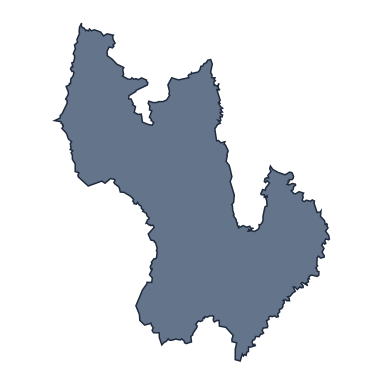 Tiquicheo de Nicolás Romero, Michoacán, Mexico
{"feature_id": "50627088B35926432685545", "entity_name": "Tiquicheo de Nicolás Romero", "entity_type": "district", "adm_level": 2, "iso_a3": "MEX", "parent_name": "Mexico", "parent_adm1": "Michoacán", "projection": "natural_earth1", "projection_center": [-100.779, 19.071], "detail": "fine", "context": "isolated", "style": "filled", "palette": "slate", "viewbox_px": 384, "rotation_deg": 0, "n_neighbors": 0, "source": "geoboundaries", "source_scale": "gbopen_adm2", "svg_char_len": 5945}
<svg xmlns="http://www.w3.org/2000/svg" viewBox="0 0 384 384"><path d="M325.5,231.1L328.0,227.9L326.8,225.8L327.3,224.9L326.7,223.7L325.2,224.6L324.5,220.6L320.5,216.4L321.0,210.9L320.2,212.0L317.1,212.5L314.0,203.1L314.5,201.1L312.3,199.9L310.3,201.2L306.3,200.2L304.3,201.6L303.0,201.1L302.2,199.9L303.2,197.1L302.5,195.6L303.6,193.1L299.1,191.7L295.5,193.8L293.9,193.5L291.1,190.7L293.1,189.7L293.7,186.6L295.6,185.2L295.4,184.2L292.6,183.5L288.5,184.9L287.0,184.4L288.7,182.4L288.1,181.3L289.6,180.8L289.3,179.6L292.1,179.6L293.1,178.4L293.6,176.4L292.0,172.7L289.6,172.1L285.2,174.8L278.3,172.5L272.8,169.5L270.4,166.1L269.7,168.6L270.9,171.6L267.9,175.3L268.7,177.9L267.1,177.6L265.0,178.6L264.3,181.5L265.6,182.6L267.1,180.8L269.5,183.0L265.7,188.0L265.2,190.3L262.7,189.5L260.8,193.8L261.2,194.6L264.3,194.9L264.3,197.2L267.0,195.7L267.2,197.0L266.3,196.8L265.7,198.0L266.6,200.2L267.1,206.1L265.3,206.5L264.8,207.5L263.0,216.3L263.0,220.6L261.7,223.3L260.4,224.8L259.1,224.6L259.3,227.4L258.3,229.2L253.9,231.8L254.4,231.4L251.4,230.7L248.1,231.2L248.9,229.5L251.1,230.4L251.4,229.0L253.6,228.1L251.1,228.4L249.7,226.2L246.7,227.2L243.1,225.6L238.7,227.8L238.9,226.1L237.8,226.1L237.2,224.7L237.5,223.0L236.7,222.7L236.2,219.7L233.4,215.6L234.1,214.8L232.7,210.2L232.4,205.4L231.7,204.7L233.6,202.4L234.3,195.1L230.2,181.5L231.9,176.7L230.4,170.0L229.2,165.3L226.1,161.5L227.3,155.4L226.8,154.8L228.2,151.0L225.5,145.1L224.1,144.2L224.9,141.8L220.8,142.8L218.5,140.5L216.7,140.8L216.3,139.0L214.8,128.9L217.6,124.5L220.3,123.2L218.1,120.4L220.2,121.1L220.8,120.5L220.1,116.6L222.1,116.9L222.6,115.0L220.5,113.8L220.1,112.4L222.4,112.0L220.4,109.4L222.6,108.2L220.4,106.5L218.5,103.1L219.8,103.2L219.0,102.0L220.2,100.4L216.9,89.7L219.0,90.1L219.5,89.3L218.4,88.6L218.1,85.9L219.1,83.3L217.2,86.3L214.9,84.9L214.3,85.3L213.7,82.1L215.3,80.7L214.1,79.6L215.0,77.8L211.9,77.8L212.0,74.9L210.6,72.3L212.3,64.0L210.7,59.5L207.6,60.3L206.4,62.6L204.0,63.7L202.7,66.0L200.8,66.4L199.9,69.9L198.2,72.0L192.0,73.4L191.5,72.7L191.0,74.1L189.3,74.4L188.2,75.4L188.8,77.7L178.5,79.9L171.7,77.8L167.9,84.9L169.5,91.3L168.9,94.3L169.7,95.3L166.7,99.9L163.0,101.6L158.5,101.6L157.2,102.4L153.2,102.6L148.9,101.2L148.2,103.3L149.8,106.2L149.5,109.9L151.8,110.8L149.4,117.2L151.4,119.4L151.1,120.4L153.7,122.4L152.1,125.2L148.7,124.6L142.5,122.2L141.3,114.1L138.1,114.4L134.2,112.4L135.5,106.6L132.7,104.8L133.2,103.9L131.1,99.0L128.7,99.0L128.9,95.7L135.8,91.5L136.0,90.4L147.4,85.0L147.8,82.5L146.5,81.5L146.5,80.1L141.6,77.9L138.3,79.7L135.9,78.6L134.0,79.3L131.9,77.8L130.8,79.2L128.2,79.2L122.5,76.0L123.6,74.7L122.8,69.5L123.8,67.5L116.7,64.1L112.4,59.4L107.4,55.8L107.0,51.4L109.2,46.9L112.4,47.9L113.9,46.2L113.1,44.8L115.1,43.2L113.1,39.5L112.6,36.4L113.4,35.2L107.1,33.8L103.6,35.9L100.7,32.1L94.5,29.8L91.4,30.8L89.4,29.0L88.6,30.9L86.7,30.1L85.9,30.7L84.0,28.1L82.2,27.4L81.3,25.4L81.6,23.0L79.5,27.3L79.1,32.2L79.6,33.3L76.9,39.6L77.5,42.4L74.5,44.9L75.4,48.7L73.2,53.8L74.6,55.7L74.5,58.8L73.5,62.2L71.8,62.9L72.9,66.9L71.5,66.9L70.5,68.8L72.0,71.5L73.1,71.3L74.0,72.5L72.9,76.5L70.9,78.6L70.5,83.6L69.4,83.5L69.2,85.0L66.1,86.4L68.3,91.9L68.3,94.5L65.6,99.1L67.1,100.3L67.1,103.3L62.2,113.6L60.2,115.6L60.3,117.9L54.6,120.6L60.9,121.7L61.2,123.4L62.9,124.3L62.6,125.4L63.4,126.3L61.9,128.4L66.3,133.1L68.5,139.1L71.6,141.8L70.3,143.7L71.0,148.2L70.2,149.5L72.7,150.8L71.1,152.8L72.3,155.0L72.4,159.3L75.2,163.9L75.2,171.6L78.9,172.7L77.9,175.1L78.3,176.9L88.2,186.0L101.8,181.1L105.0,183.2L110.5,178.6L114.2,179.3L115.1,180.3L113.9,182.4L114.5,183.5L119.1,187.1L120.3,192.0L124.1,192.4L130.7,196.3L133.6,199.4L132.8,201.2L134.2,202.7L134.0,203.6L136.4,204.2L137.5,202.4L139.5,205.3L141.4,206.2L141.4,208.5L143.5,210.1L142.7,211.2L146.5,213.5L147.0,215.8L149.0,217.7L149.1,218.7L147.5,219.9L146.1,223.3L146.9,223.1L149.2,225.1L150.2,224.7L150.9,225.7L152.8,225.1L154.2,227.3L148.2,234.0L150.8,240.0L154.1,240.8L154.4,242.0L155.5,242.5L157.2,248.3L156.4,250.8L157.2,252.0L156.5,257.5L155.5,258.8L153.8,258.9L151.4,262.3L152.0,263.5L150.2,266.8L150.9,269.0L152.0,268.6L152.2,269.2L149.5,274.6L152.3,278.0L151.7,282.4L147.0,282.3L146.9,283.8L142.6,289.8L135.9,305.8L139.4,314.5L139.8,320.4L144.7,325.1L151.1,323.3L151.4,325.1L153.3,327.8L152.1,330.4L153.6,332.8L159.2,332.8L159.3,337.5L161.8,344.9L164.3,342.2L166.2,341.5L168.2,338.8L169.3,340.1L171.6,340.3L175.7,339.1L180.5,340.0L181.7,338.8L184.4,341.3L184.5,342.7L186.2,343.6L191.5,341.9L190.8,336.5L192.8,334.8L192.7,333.7L196.6,327.9L197.2,326.0L195.8,324.3L198.4,320.9L200.3,321.5L202.5,320.6L203.1,318.3L203.9,317.4L204.5,318.1L205.2,316.6L207.4,317.2L209.4,316.0L212.9,315.8L213.7,316.8L213.2,320.0L214.3,322.0L216.9,320.5L219.1,320.5L219.4,326.1L225.8,327.3L233.2,335.5L231.9,339.1L232.0,341.6L236.7,342.9L235.3,349.0L235.2,359.6L240.2,361.0L242.3,354.0L243.4,355.9L244.5,354.6L246.1,355.4L246.8,352.1L248.5,351.5L248.5,346.9L250.5,347.1L255.3,345.6L254.7,344.3L252.9,344.8L252.1,342.2L252.8,340.2L254.5,339.7L255.7,336.5L259.2,336.7L260.7,334.0L262.1,334.1L263.6,333.0L262.2,330.6L263.1,328.1L267.4,327.6L267.7,325.6L266.5,320.6L269.0,319.4L268.7,317.2L270.4,316.1L272.0,316.7L274.6,315.9L276.7,317.2L278.3,316.6L277.7,313.9L279.7,311.9L279.3,309.5L281.7,308.6L282.9,306.6L282.8,304.7L284.2,303.0L284.2,301.3L283.1,300.4L285.3,299.6L286.7,300.7L289.5,300.7L289.2,298.2L287.7,296.7L290.1,296.2L292.9,292.8L295.3,291.4L293.3,287.0L294.8,286.9L297.3,289.5L299.9,286.8L301.1,287.8L303.1,287.5L303.2,286.0L301.1,283.5L302.2,282.4L307.8,285.6L305.9,283.1L308.4,281.9L307.9,278.9L309.3,278.9L308.8,277.3L309.4,276.3L311.4,275.0L317.2,276.4L318.8,275.2L318.9,271.7L317.2,271.1L316.6,268.6L315.7,268.0L317.6,265.8L316.8,264.6L317.1,258.0L318.3,256.1L320.7,258.1L324.2,257.1L324.3,255.9L322.1,252.2L324.0,248.4L321.8,245.3L323.2,242.8L324.7,244.1L325.8,243.3L324.7,240.7L325.8,238.9L328.6,239.8L329.4,239.2L328.6,235.3L325.5,231.1Z" fill="#64748b" stroke="#1e293b" stroke-width="1.5"/></svg>